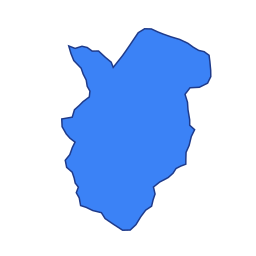 Embu das Artes, São Paulo, Brazil (Robinson projection), rotated 280°
{"feature_id": "56859067B44512508198046", "entity_name": "Embu das Artes", "entity_type": "district", "adm_level": 2, "iso_a3": "BRA", "parent_name": "Brazil", "parent_adm1": "São Paulo", "projection": "robinson", "projection_center": [-46.849, -23.649], "detail": "fine", "context": "isolated", "style": "filled", "palette": "blue", "viewbox_px": 256, "rotation_deg": 280, "n_neighbors": 0, "source": "geoboundaries", "source_scale": "gbopen_adm2", "svg_char_len": 1197}
<svg xmlns="http://www.w3.org/2000/svg" viewBox="0 0 256 256"><g transform="rotate(280 128 128)"><path d="M67.7,166.1L74.3,163.3L80.3,168.6L86.2,176.2L91.3,180.2L96.4,182.3L99.6,186.5L102.4,191.2L107.8,190.3L114.1,189.4L121.4,191.2L130.6,191.8L137.9,193.9L141.4,188.3L146.8,187.3L151.6,185.6L156.4,183.9L163.7,182.1L171.1,178.3L178.4,182.1L180.5,191.2L186.0,198.6L193.0,200.6L199.2,199.4L207.6,197.1L213.7,195.2L216.4,189.7L216.7,184.1L218.9,178.2L221.8,172.3L224.2,163.5L225.3,154.1L226.6,146.4L227.8,140.6L229.6,133.8L228.6,127.1L223.6,121.5L216.4,118.3L210.3,115.6L203.7,112.6L198.2,110.0L185.1,102.9L189.9,100.0L193.6,93.5L198.7,85.6L197.5,79.4L200.2,73.9L200.5,68.5L197.2,62.1L198.5,55.4L191.4,58.9L185.0,62.9L178.7,71.5L173.3,74.5L168.0,78.5L162.0,80.6L157.7,84.1L151.9,84.5L146.1,79.1L141.9,76.2L136.7,72.1L129.0,71.2L125.4,61.2L117.8,62.9L111.3,68.3L107.8,72.7L104.9,78.3L99.2,76.6L91.6,75.3L85.3,71.8L78.6,74.4L74.8,80.7L69.5,83.6L64.6,85.6L61.1,89.4L55.3,88.3L50.7,92.1L43.4,94.8L42.6,100.6L40.6,107.6L40.0,116.5L34.8,121.2L30.7,130.3L26.4,140.4L27.9,147.9L34.2,152.6L42.9,156.0L50.2,159.7L55.1,164.8L61.7,165.2L67.7,166.1Z" fill="#3b82f6" stroke="#1e3a8a" stroke-width="1.5"/></g></svg>